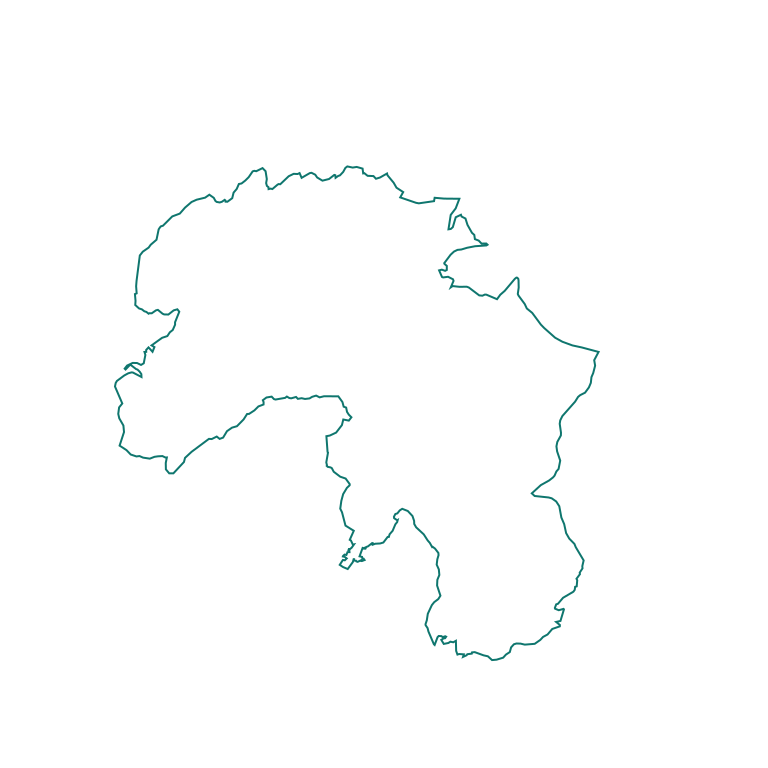 Recea-Cristur, Cluj, Romania, rotated 121°
{"feature_id": "2599482B27327294293574", "entity_name": "Recea-Cristur", "entity_type": "district", "adm_level": 2, "iso_a3": "ROU", "parent_name": "Romania", "parent_adm1": "Cluj", "projection": "natural_earth1", "projection_center": [23.552, 47.116], "detail": "fine", "context": "isolated", "style": "outline", "palette": "teal", "viewbox_px": 768, "rotation_deg": 121, "n_neighbors": 0, "source": "geoboundaries", "source_scale": "gbopen_adm2", "svg_char_len": 6166}
<svg xmlns="http://www.w3.org/2000/svg" viewBox="0 0 768 768"><g transform="rotate(121 384 384)"><path d="M569.0,518.5L553.9,515.3L549.8,516.5L541.2,514.0L521.2,505.8L519.9,503.3L515.2,500.3L515.7,496.6L512.8,494.3L505.3,494.3L499.7,491.8L495.9,488.3L486.7,486.1L480.2,485.9L479.2,484.3L473.4,481.5L467.9,480.1L463.6,476.7L461.5,477.9L460.3,479.5L456.1,477.8L452.7,473.8L453.6,470.6L453.2,469.0L446.8,461.6L444.8,460.8L444.8,458.0L444.1,456.2L440.4,452.7L441.1,450.2L438.6,447.3L437.5,444.0L434.7,440.4L432.0,439.0L428.9,436.2L428.6,432.3L425.4,429.1L418.1,416.8L420.9,410.3L424.2,406.9L423.7,404.3L426.9,401.4L428.4,398.4L429.3,394.8L433.5,395.3L435.4,400.6L440.9,398.9L450.3,400.0L456.1,403.9L458.4,406.5L471.3,397.4L471.6,396.7L480.9,393.1L483.4,390.7L483.5,391.7L484.0,389.6L483.0,386.8L483.0,385.4L485.1,381.9L486.0,373.8L484.8,368.2L487.5,361.8L488.5,361.3L492.1,362.3L499.4,362.3L506.1,360.4L513.4,357.3L515.6,353.9L525.2,344.1L525.4,334.3L535.2,333.1L535.2,331.7L537.7,328.0L536.9,327.1L541.0,327.4L542.9,328.1L543.5,329.1L544.6,328.9L544.3,328.1L545.9,327.0L546.9,328.7L549.9,328.2L550.5,329.9L552.4,330.5L553.0,330.4L552.4,328.7L552.7,326.1L555.3,326.8L556.0,328.6L561.8,328.8L562.0,324.9L561.3,319.8L552.7,319.0L549.8,319.8L549.6,319.4L550.8,318.8L549.9,317.0L550.3,316.3L550.0,315.0L546.6,312.7L547.4,312.3L547.2,311.8L544.9,310.0L544.2,311.6L545.1,313.3L544.5,312.9L543.5,313.8L544.3,316.2L535.5,317.9L535.3,317.0L534.3,316.2L535.2,316.0L534.7,315.1L532.9,315.3L531.4,314.1L526.4,312.2L526.3,311.7L527.7,311.7L527.8,311.1L525.4,309.2L522.7,305.2L520.2,302.9L513.2,302.1L512.6,301.1L509.9,301.8L505.4,301.0L498.4,302.0L495.6,301.6L493.6,302.2L494.0,302.4L493.8,306.2L492.7,307.1L489.6,307.3L488.0,305.9L484.2,305.4L481.6,304.1L480.6,298.2L482.5,291.6L485.8,287.7L488.4,286.0L490.3,282.6L492.4,272.5L495.6,266.0L496.6,262.9L499.0,258.7L498.5,258.4L498.8,255.5L500.8,250.4L502.6,249.1L506.8,248.0L511.7,245.8L514.7,241.5L519.2,238.2L524.4,237.4L529.4,234.7L536.4,226.6L540.4,226.7L545.1,228.6L548.9,229.1L558.4,228.1L564.5,225.6L568.5,224.7L569.3,224.1L570.8,220.9L573.3,218.4L581.4,207.2L581.6,206.2L573.4,207.7L571.8,207.3L570.5,204.8L570.8,203.4L568.7,201.6L568.6,200.6L570.4,200.7L571.4,201.9L573.8,203.1L576.0,198.9L572.8,195.4L570.7,194.4L569.7,191.6L567.1,190.1L575.6,184.7L578.1,181.7L576.8,180.6L574.6,176.3L577.2,175.7L574.0,173.5L572.7,173.4L569.9,169.9L568.7,170.3L567.1,168.1L565.3,158.9L563.9,154.7L565.0,149.2L562.3,145.5L557.2,140.9L553.1,140.1L549.0,138.1L544.3,139.4L540.2,138.6L538.2,136.8L536.2,133.2L534.9,129.1L529.1,121.0L522.8,118.2L518.9,117.4L514.5,114.8L507.3,113.6L501.2,108.5L500.0,109.1L499.3,113.9L496.2,110.7L484.5,113.7L484.3,114.3L487.9,117.7L488.5,121.6L488.0,122.2L484.2,122.9L482.8,121.7L475.0,120.4L464.5,114.7L462.2,114.5L459.4,115.7L458.2,114.6L452.7,117.3L451.8,118.7L446.1,118.1L444.9,119.1L439.8,118.9L438.0,120.2L432.4,122.0L425.1,135.6L423.0,138.4L421.1,145.6L418.0,151.1L411.3,157.4L407.1,163.2L398.5,170.8L396.0,175.9L395.6,181.4L396.5,184.5L402.4,197.2L401.6,201.0L389.9,197.5L381.7,192.8L377.0,191.0L374.7,190.6L370.2,191.2L366.9,190.6L358.9,193.5L352.6,200.9L348.6,204.1L344.4,205.6L337.0,205.9L334.6,207.2L327.6,212.9L324.4,214.2L319.6,214.6L300.7,211.1L295.1,211.0L292.5,210.1L287.9,207.2L281.4,206.6L276.5,207.3L271.3,209.7L266.9,210.3L259.5,212.5L255.3,216.1L246.0,216.6L250.8,233.3L253.9,242.4L255.9,252.8L256.2,261.1L253.5,275.6L252.3,280.1L246.7,293.6L245.7,300.5L243.0,304.5L238.9,314.3L237.9,315.7L232.0,318.2L225.8,322.1L224.6,323.2L224.3,324.6L224.6,325.3L226.4,326.0L242.0,328.5L247.6,330.3L253.1,330.8L254.7,342.3L255.4,343.6L257.6,345.1L259.0,348.0L257.6,361.0L258.0,363.2L261.8,369.3L264.7,375.6L266.7,376.5L259.8,377.5L258.7,378.8L259.1,384.3L262.2,388.2L262.4,389.4L258.2,395.3L256.2,393.3L255.5,389.9L253.9,388.9L250.4,391.0L249.9,394.0L249.4,394.6L238.9,393.5L234.4,392.2L231.2,390.1L228.9,387.0L224.4,382.9L219.0,376.9L212.5,367.6L211.3,367.0L210.9,368.7L213.4,372.7L212.3,376.7L213.0,380.7L209.7,383.4L209.1,386.5L204.6,394.4L200.2,399.4L200.5,403.7L199.3,405.2L204.1,408.4L214.1,405.8L216.7,406.6L218.2,408.4L204.7,413.9L196.5,413.0L186.4,414.8L194.1,427.9L198.3,436.5L201.5,435.3L211.2,447.2L212.2,449.9L215.7,466.2L209.6,466.4L209.3,474.4L206.5,479.4L203.3,488.5L202.0,489.8L209.1,493.8L212.2,496.6L211.2,500.1L214.0,505.3L213.4,509.5L214.2,510.3L210.4,513.3L212.0,519.2L214.6,522.3L216.4,527.5L218.7,528.4L223.2,528.2L227.8,529.2L229.4,530.5L232.2,531.7L230.1,533.3L230.4,534.3L236.6,536.7L241.4,541.5L241.4,547.7L240.0,550.7L240.3,554.9L241.4,556.2L249.7,560.8L246.7,565.0L248.5,566.2L250.4,569.7L255.0,572.7L266.2,575.8L266.9,577.3L267.9,577.9L274.4,580.1L274.9,581.8L276.4,583.3L274.8,584.4L274.5,586.4L272.5,588.5L268.7,590.0L262.6,595.1L261.5,599.3L267.4,603.1L268.1,605.0L269.4,606.1L276.4,606.5L281.1,607.7L285.5,609.4L287.3,611.4L292.7,610.7L297.4,611.5L302.9,609.8L308.4,612.1L309.3,613.7L308.4,614.4L308.2,615.4L311.3,616.8L313.0,618.3L314.1,621.2L313.9,622.8L312.1,625.8L311.7,631.2L316.4,633.3L322.5,639.5L327.1,642.7L335.3,645.4L343.1,646.8L349.4,651.8L362.2,655.0L363.7,656.4L365.1,656.7L367.5,656.8L377.5,653.3L384.8,655.7L388.3,656.0L394.8,658.9L399.6,659.5L423.1,649.2L427.9,646.8L433.7,642.7L435.2,643.8L440.7,639.8L444.4,637.9L445.4,632.9L444.7,630.0L445.1,626.9L444.6,624.8L445.0,622.0L444.2,621.6L443.0,619.5L438.3,617.4L436.9,616.0L437.8,610.0L437.6,608.3L435.5,604.6L429.2,602.2L426.4,599.6L427.5,596.7L438.7,594.9L440.8,593.6L446.5,592.9L450.0,594.2L454.5,594.4L458.7,598.0L470.6,603.1L470.6,599.8L475.6,599.0L473.9,604.7L477.3,605.4L478.9,604.4L479.9,605.8L482.0,603.5L490.0,600.6L492.8,602.1L493.2,606.5L495.4,610.3L500.5,613.7L504.4,614.2L504.7,613.0L498.9,611.7L498.3,611.2L498.2,610.1L498.9,604.2L498.6,602.7L499.3,599.7L500.5,597.1L502.9,595.5L503.5,605.2L504.1,606.4L506.5,608.7L510.4,611.0L518.9,614.5L521.3,614.5L524.7,613.3L535.5,598.3L540.5,599.0L546.5,596.4L549.8,593.2L553.8,586.0L559.1,582.1L573.0,578.9L573.3,570.7L574.9,564.8L573.6,558.9L571.7,556.5L571.2,552.6L568.6,546.3L564.6,543.2L562.4,540.5L559.9,536.8L559.6,533.5L558.8,532.3L564.1,530.4L569.5,527.0L571.2,522.1L569.0,518.5Z" fill="none" stroke="#0f766e" stroke-width="2"/></g></svg>